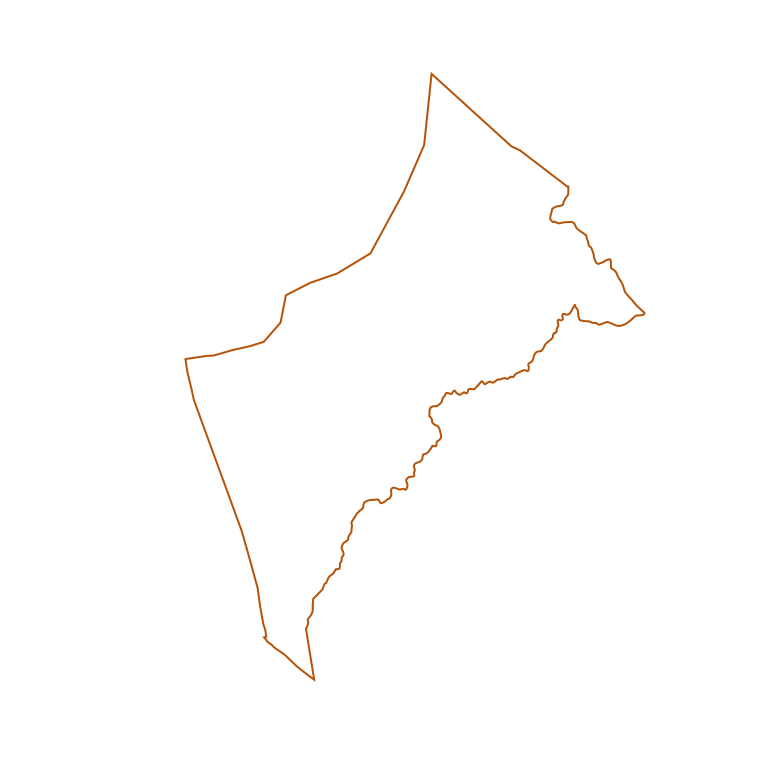 San Francisco de Opalaca, Intibucá, Honduras, rotated 33°
{"feature_id": "27666195B85472464338427", "entity_name": "San Francisco de Opalaca", "entity_type": "district", "adm_level": 2, "iso_a3": "HND", "parent_name": "Honduras", "parent_adm1": "Intibucá", "projection": "robinson", "projection_center": [-88.233, 14.52], "detail": "fine", "context": "isolated", "style": "outline", "palette": "amber", "viewbox_px": 768, "rotation_deg": 33, "n_neighbors": 0, "source": "geoboundaries", "source_scale": "gbopen_adm2", "svg_char_len": 6164}
<svg xmlns="http://www.w3.org/2000/svg" viewBox="0 0 768 768"><g transform="rotate(33 384 384)"><path d="M431.1,118.0L430.2,118.6L370.8,114.0L361.4,115.3L255.0,98.0L287.5,161.7L295.9,211.6L301.5,281.8L284.5,316.9L267.0,339.3L253.4,363.0L263.8,388.9L260.2,414.2L250.3,426.0L238.7,437.8L225.7,452.9L220.1,456.9L203.9,471.2L212.4,480.9L224.3,492.1L233.2,500.9L344.5,584.6L362.0,599.8L389.1,623.9L401.7,638.5L413.7,651.2L418.8,655.3L422.8,660.1L421.4,661.8L422.9,662.2L427.2,663.7L430.8,663.8L432.7,664.1L434.7,664.6L436.5,664.8L448.0,665.1L464.7,668.3L478.5,669.6L486.5,670.0L451.8,631.7L451.6,629.1L450.7,626.0L450.2,625.0L449.3,624.4L448.9,623.9L448.6,623.2L448.3,622.3L448.2,621.1L448.6,619.1L448.6,617.5L448.4,615.4L448.1,614.0L447.0,611.7L444.4,607.9L443.2,605.5L442.0,603.6L441.7,602.8L441.7,602.1L442.3,599.9L443.2,594.9L443.9,591.9L444.2,590.0L444.0,588.4L443.4,586.1L443.1,584.5L443.1,583.9L443.7,582.6L443.8,581.1L443.7,580.2L443.2,578.9L443.1,578.2L443.0,576.8L443.0,575.6L443.5,573.6L444.2,572.0L444.4,571.4L444.6,568.4L444.5,566.1L444.6,565.4L444.8,565.1L445.6,565.0L446.3,564.4L447.0,563.5L447.1,562.8L447.0,562.2L446.6,561.5L445.8,560.1L445.0,558.9L444.7,558.3L444.7,557.9L444.9,555.7L443.1,552.5L443.2,550.1L443.0,549.0L442.1,547.9L441.4,547.1L440.5,546.5L439.3,546.0L437.8,544.7L436.9,542.5L436.6,540.8L436.8,539.0L437.5,537.6L438.4,535.3L438.5,533.9L438.0,532.8L437.3,531.0L437.2,528.7L437.4,527.4L437.0,525.5L435.1,522.0L434.6,520.5L432.6,518.5L432.2,517.8L431.9,516.9L432.0,515.6L431.9,507.5L432.6,503.9L433.1,502.2L433.7,500.8L433.9,499.5L432.4,495.9L432.1,494.5L432.2,493.4L432.8,492.4L434.1,490.4L435.2,489.2L441.4,484.4L442.1,484.2L442.7,484.3L443.9,484.8L445.2,485.5L446.0,485.7L446.8,485.4L447.4,484.6L447.8,483.7L448.5,482.7L448.9,481.6L449.9,478.3L450.5,477.7L450.8,477.2L451.0,476.0L450.9,474.3L450.4,472.9L449.5,471.4L448.1,470.0L447.6,468.9L447.5,468.2L447.5,467.4L447.7,466.6L447.9,466.1L448.4,465.8L449.4,465.3L454.4,464.1L455.1,463.6L457.0,461.5L458.3,461.1L459.3,461.2L459.7,460.9L459.9,460.5L460.0,459.8L459.8,458.8L459.4,457.4L459.0,456.2L458.0,455.2L455.4,453.2L454.9,452.5L454.8,451.9L455.0,450.4L455.6,448.4L458.9,445.6L459.3,445.1L459.3,444.6L458.7,443.5L457.7,442.6L456.9,439.6L455.6,438.2L453.8,436.8L453.5,436.0L453.4,435.0L453.5,434.0L453.8,433.2L454.5,432.0L455.7,430.7L456.5,429.3L456.9,428.1L457.0,427.0L457.0,425.8L456.4,424.9L455.9,424.0L455.5,422.8L455.3,421.8L455.6,421.2L456.4,420.5L456.9,419.9L457.7,418.5L457.9,418.0L458.2,415.9L458.5,411.2L458.2,409.7L458.5,409.4L461.1,408.2L461.3,408.0L461.4,407.5L461.3,407.0L460.9,406.0L459.7,403.8L460.3,402.2L461.0,400.5L461.1,399.8L461.1,398.9L460.9,398.0L460.6,397.0L460.2,396.3L455.8,392.2L454.5,391.2L453.8,390.7L452.6,390.2L451.6,390.0L450.9,390.1L449.9,390.4L449.0,390.5L447.7,390.5L446.5,390.3L445.7,390.0L444.6,389.1L443.4,387.6L442.9,387.2L441.1,386.5L439.5,386.3L438.1,383.8L436.3,381.0L435.9,377.9L437.6,375.7L439.6,374.4L440.4,373.6L441.3,371.6L442.0,369.1L442.1,368.3L442.0,367.5L441.2,364.7L441.0,363.0L441.3,361.3L441.1,358.7L441.1,357.9L441.3,357.4L441.8,357.0L442.6,356.7L445.3,356.0L446.0,355.6L446.3,354.8L446.0,353.6L446.2,352.4L446.3,351.6L446.7,351.2L447.3,351.1L448.9,351.8L450.3,352.1L452.2,352.1L453.2,351.9L453.5,351.7L453.8,351.4L454.9,348.7L455.7,347.4L456.1,347.2L457.7,347.2L458.3,346.9L458.5,346.4L458.6,345.8L457.9,342.6L457.9,341.9L458.4,341.5L461.5,339.9L462.3,339.3L462.6,338.8L463.7,333.4L464.1,329.5L464.4,328.5L464.9,328.3L467.7,329.2L468.6,329.3L469.3,328.3L470.5,325.5L471.1,324.6L472.6,324.0L474.1,323.9L474.6,323.5L475.2,322.6L476.7,318.8L477.1,318.2L477.6,317.7L478.3,317.4L478.7,317.2L481.2,314.0L482.3,313.1L482.8,312.9L483.9,313.0L484.7,312.4L485.3,311.7L486.2,308.9L486.5,308.7L487.0,308.7L487.5,308.6L488.6,307.7L488.7,307.3L488.9,304.4L489.2,303.4L492.6,297.8L493.6,296.4L494.0,295.9L494.4,295.7L495.7,295.5L497.0,295.1L497.5,294.9L497.7,294.5L497.8,294.1L497.6,293.6L496.8,291.9L496.4,291.2L494.7,289.4L494.3,288.7L494.2,288.2L494.3,287.6L495.3,286.0L495.9,283.8L495.6,282.2L494.5,279.0L494.2,277.4L494.2,276.2L494.4,274.5L494.9,273.5L495.4,272.9L497.6,271.1L497.8,270.7L497.9,270.1L498.1,268.6L498.1,267.1L497.8,263.4L497.8,261.7L499.6,256.3L500.0,254.6L500.1,253.8L500.0,252.4L499.1,250.8L498.9,249.8L498.8,249.0L499.1,248.5L499.6,248.4L499.8,248.3L500.2,246.0L499.5,245.0L499.0,244.1L498.7,242.5L498.5,240.6L498.3,239.8L497.9,239.3L495.9,237.4L495.2,236.1L495.2,235.6L495.3,235.2L495.5,234.9L497.5,234.4L498.0,234.1L498.4,233.7L498.6,233.1L498.6,232.3L498.2,231.4L496.6,230.0L496.1,229.2L495.9,228.4L496.0,227.7L496.3,227.4L496.8,227.2L499.5,226.4L500.6,225.3L501.2,224.4L501.4,222.6L501.4,219.7L501.0,215.7L500.9,214.1L501.0,213.8L501.2,213.7L501.4,213.7L501.6,214.3L501.9,214.7L503.7,215.4L505.5,216.0L506.3,216.5L510.5,221.6L512.4,223.1L513.7,223.8L517.8,222.1L521.9,219.8L526.1,219.0L528.0,217.6L529.2,217.3L531.2,217.4L531.9,217.3L532.5,216.7L533.7,215.3L535.8,212.4L536.6,211.2L537.5,210.4L539.2,209.8L547.1,208.5L549.8,207.1L550.9,206.1L553.5,202.8L554.5,200.9L556.2,196.2L557.2,192.1L557.7,190.5L558.2,189.5L558.6,189.0L559.1,188.5L561.2,187.1L562.3,186.2L563.8,184.5L564.0,183.7L564.1,183.2L563.8,182.6L563.1,182.3L559.1,181.7L552.3,180.4L545.8,178.4L538.6,176.5L536.4,175.7L534.8,174.6L532.6,172.8L531.3,171.6L529.9,170.6L528.2,169.6L521.3,166.3L518.4,164.1L517.2,163.7L515.2,163.2L511.2,163.1L507.6,157.8L506.8,157.0L505.6,156.3L504.2,157.6L503.1,158.9L500.9,163.2L498.5,166.4L497.4,166.8L496.1,166.8L494.5,165.9L491.9,164.1L490.7,163.0L489.7,161.6L488.4,160.3L483.5,156.8L480.5,156.4L480.2,156.2L479.3,155.2L477.1,153.1L473.9,150.7L472.7,149.1L471.5,149.3L469.3,149.0L465.2,149.0L462.8,148.8L461.0,148.4L459.7,147.9L456.1,145.7L455.3,145.6L454.2,145.7L453.2,145.9L452.6,146.2L446.9,150.4L446.0,151.2L444.3,153.1L443.1,154.1L441.0,154.7L439.0,154.7L438.2,155.6L437.0,156.2L434.2,155.5L433.8,155.2L433.2,154.5L432.1,152.5L431.1,149.2L429.9,146.1L429.8,145.4L430.5,143.6L431.6,141.6L434.0,139.3L435.4,137.9L436.1,136.9L436.4,136.4L436.4,136.0L436.1,134.7L435.5,133.5L435.3,132.4L435.1,128.7L435.3,126.5L435.3,125.5L435.1,124.5L434.7,123.8L431.1,118.0Z" fill="none" stroke="#b45309" stroke-width="2"/></g></svg>